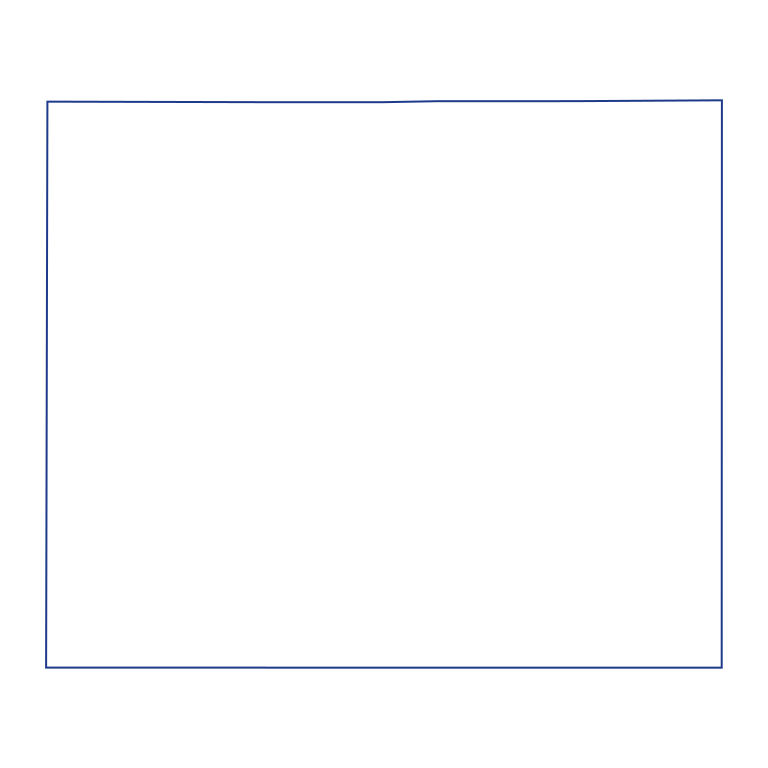 Mitchell, Iowa, United States of America
{"feature_id": "52423323B1744972810142", "entity_name": "Mitchell", "entity_type": "district", "adm_level": 2, "iso_a3": "USA", "parent_name": "United States of America", "parent_adm1": "Iowa", "projection": "albers", "projection_center": [-92.779, 43.357], "detail": "fine", "context": "isolated", "style": "outline", "palette": "blue", "viewbox_px": 768, "rotation_deg": 0, "n_neighbors": 0, "source": "geoboundaries", "source_scale": "gbopen_adm2", "svg_char_len": 314}
<svg xmlns="http://www.w3.org/2000/svg" viewBox="0 0 768 768"><path d="M47.4,101.7L46.3,583.3L46.1,667.6L721.7,667.7L721.9,100.3L584.4,101.1L578.5,101.1L550.9,101.2L527.4,101.2L522.0,101.2L501.2,101.2L437.1,101.2L382.4,102.2L267.9,102.2L71.0,101.7L47.4,101.7Z" fill="none" stroke="#1e3a8a" stroke-width="2"/></svg>